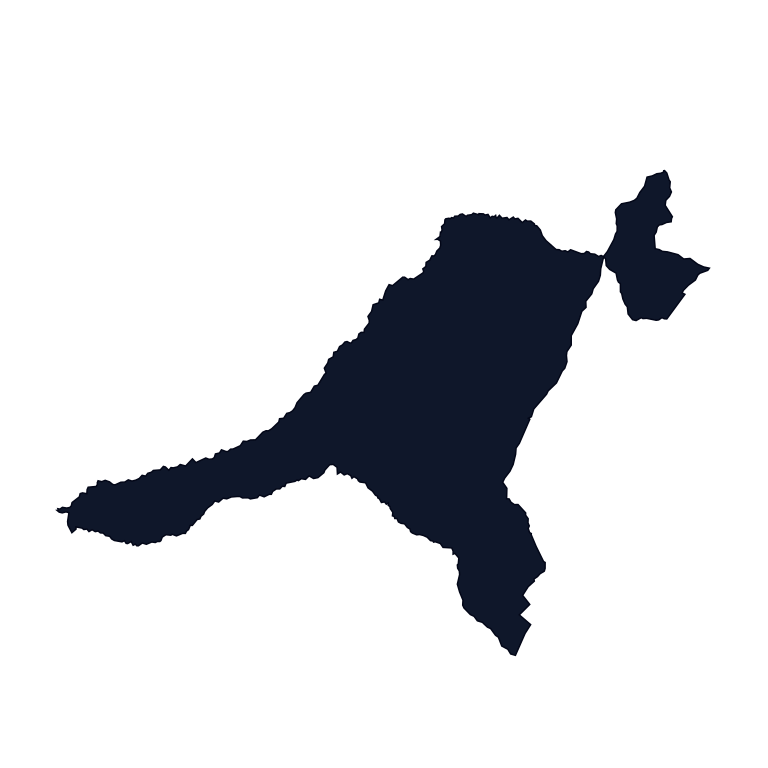 outline of Fusagasugá, Cundinamarca, Colombia, rotated 8°
{"feature_id": "7082276B51871988442122", "entity_name": "Fusagasugá", "entity_type": "district", "adm_level": 2, "iso_a3": "COL", "parent_name": "Colombia", "parent_adm1": "Cundinamarca", "projection": "robinson", "projection_center": [-74.414, 4.327], "detail": "fine", "context": "isolated", "style": "filled", "palette": "ink", "viewbox_px": 768, "rotation_deg": 8, "n_neighbors": 0, "source": "geoboundaries", "source_scale": "gbopen_adm2", "svg_char_len": 6149}
<svg xmlns="http://www.w3.org/2000/svg" viewBox="0 0 768 768"><g transform="rotate(8 384 384)"><path d="M669.5,253.3L666.5,252.3L667.5,249.5L671.7,243.8L677.9,237.7L679.6,232.5L681.3,230.4L688.8,226.4L690.1,224.0L684.3,223.6L678.1,221.8L669.6,217.1L663.4,218.5L657.2,215.0L646.3,213.7L641.1,213.9L637.9,212.6L633.7,212.3L630.8,199.2L632.4,195.7L632.8,190.5L634.5,188.1L637.1,187.4L641.3,184.7L645.8,183.4L645.7,180.1L646.3,178.2L637.6,168.0L637.5,162.9L640.6,158.5L641.9,153.8L639.6,150.0L639.3,143.9L637.8,142.2L634.7,135.7L632.1,133.6L631.3,133.9L631.3,135.3L628.7,136.8L624.9,137.8L620.7,140.6L615.7,142.5L614.5,151.9L610.7,158.7L608.6,164.8L606.3,167.3L602.1,169.7L594.1,172.5L589.3,179.2L589.2,182.0L591.4,188.1L591.7,192.9L592.9,194.9L593.6,200.4L592.4,203.2L591.5,209.0L586.8,221.7L583.6,227.3L581.1,226.5L578.8,227.9L574.7,226.1L570.2,226.3L568.3,224.8L566.1,224.6L564.2,226.9L561.1,227.5L550.1,225.1L547.7,227.6L544.9,226.8L541.6,227.8L538.8,226.6L535.7,226.9L524.5,219.5L520.1,215.1L517.4,209.8L513.3,206.1L510.9,205.9L510.6,204.5L506.7,202.2L503.2,202.8L501.3,201.9L498.5,204.9L493.6,201.3L490.6,202.3L488.8,200.7L484.9,204.0L482.6,202.0L477.9,203.4L474.8,200.9L472.8,204.0L472.0,203.9L471.1,201.5L469.8,203.0L467.8,202.9L466.1,204.7L463.4,201.6L460.5,202.6L458.8,201.7L454.3,202.1L454.1,203.2L448.7,202.4L447.3,204.1L443.1,205.3L442.1,206.7L438.0,204.7L435.8,205.5L434.1,207.4L430.7,208.0L429.8,210.0L427.8,209.8L426.4,211.2L425.3,210.8L422.2,211.8L421.5,212.9L421.7,216.9L419.1,220.1L420.1,223.5L419.5,225.9L418.8,225.8L418.9,230.2L415.5,233.5L417.1,233.2L420.0,234.6L420.8,238.7L420.4,241.5L417.8,245.0L416.9,248.7L415.6,250.3L413.6,250.4L412.1,255.0L408.8,257.7L409.1,261.8L406.4,264.6L407.6,266.9L407.2,268.5L398.8,276.0L395.3,275.9L393.3,277.3L389.6,275.4L387.7,275.6L378.8,285.4L375.2,284.9L372.7,291.6L371.1,301.1L367.9,300.7L367.5,304.4L362.2,307.0L361.6,313.9L358.7,319.3L360.6,323.1L360.8,325.8L357.0,332.4L357.1,335.7L354.2,336.0L352.2,337.9L351.7,342.2L350.1,343.9L347.3,345.1L346.0,347.8L344.7,348.2L341.5,347.1L339.4,347.9L337.4,351.1L334.8,353.1L333.3,358.1L329.9,359.6L329.9,364.2L325.8,367.3L325.4,371.0L322.7,376.6L325.2,381.4L323.7,382.7L318.7,394.4L315.3,395.8L312.5,402.5L308.1,403.9L306.2,405.6L300.5,414.6L299.2,419.8L297.2,423.3L294.8,425.4L291.8,426.6L289.4,431.9L285.4,432.9L285.1,436.3L279.0,444.0L276.0,446.5L273.7,446.7L270.7,448.6L264.5,457.2L259.6,458.0L256.2,460.0L252.6,460.2L250.3,465.1L243.6,469.4L241.1,469.9L239.0,472.5L237.1,472.9L232.2,471.8L230.7,475.2L226.8,476.7L226.2,480.4L224.5,482.1L221.2,482.9L217.8,482.1L208.7,488.0L204.7,484.8L199.0,492.8L193.4,492.1L191.1,494.8L186.9,496.4L184.7,496.4L182.9,499.4L179.1,496.6L177.0,496.3L174.4,500.2L167.6,501.7L166.0,503.7L162.5,505.3L160.8,508.4L157.2,508.1L154.8,511.6L151.5,513.8L147.9,515.2L144.1,514.5L141.0,517.2L137.1,517.9L131.7,521.3L129.5,521.3L125.8,519.1L121.3,518.2L118.1,520.0L114.3,519.6L113.8,521.8L114.2,523.1L113.3,525.5L105.4,527.4L104.7,529.9L105.0,534.0L100.6,533.8L98.4,534.8L98.0,538.2L91.6,544.8L91.3,548.2L90.0,550.0L87.1,551.0L82.7,550.9L80.5,553.0L78.4,552.9L79.2,554.5L77.9,554.7L80.2,556.1L83.3,556.4L86.9,554.9L89.9,555.3L89.8,564.2L90.7,567.8L95.6,574.7L99.2,570.6L98.9,568.4L105.0,568.7L107.0,569.9L110.0,569.0L112.4,571.2L115.2,568.9L118.6,570.4L121.4,569.4L123.8,570.9L126.7,570.7L129.5,572.9L133.6,573.0L135.8,575.3L138.7,576.5L146.5,576.8L148.8,575.3L150.8,577.7L152.3,577.7L155.6,575.2L158.0,578.6L160.1,577.2L161.7,578.6L163.3,578.4L166.8,575.1L171.0,575.8L176.0,572.8L179.6,572.8L181.4,571.5L183.9,571.2L184.9,570.1L185.7,566.5L189.0,563.6L194.0,563.4L195.1,562.3L199.6,563.3L205.4,559.9L208.1,559.6L208.9,557.2L210.7,555.4L211.8,551.0L213.9,550.7L217.8,544.2L220.4,543.3L221.2,540.4L223.5,537.9L224.1,535.2L226.6,531.2L230.7,527.2L232.7,523.4L236.7,523.9L240.5,519.5L244.3,519.6L248.6,517.1L254.5,515.8L257.1,515.5L259.6,516.5L265.5,515.6L267.6,516.4L274.4,514.2L276.1,511.3L281.0,512.4L285.7,509.2L287.8,508.9L288.7,505.9L292.0,502.9L295.4,502.4L297.5,499.4L300.0,499.3L300.9,495.8L309.4,492.8L311.2,491.2L312.7,491.6L315.3,489.3L319.6,489.4L322.6,485.4L327.4,487.4L331.6,485.9L336.8,480.2L337.4,477.5L341.4,471.5L344.9,470.7L349.1,473.0L350.4,479.6L353.3,477.2L357.2,479.6L360.1,477.9L363.8,479.3L365.4,481.8L367.1,479.9L371.0,481.6L372.0,483.3L373.8,484.4L379.5,484.4L382.7,489.1L387.5,491.7L391.0,495.3L393.1,496.0L393.8,497.7L395.4,498.3L397.9,501.7L401.0,500.7L403.0,502.7L404.8,501.2L405.1,503.6L406.9,504.5L407.5,506.4L410.6,509.9L410.7,513.4L412.6,513.7L413.4,515.7L415.6,515.4L417.5,518.6L420.3,519.6L423.8,519.6L427.1,522.8L429.9,524.0L430.9,526.5L432.7,527.6L437.3,528.8L440.2,528.1L444.0,528.5L448.1,529.7L451.8,532.6L454.3,532.7L455.1,533.7L456.8,533.1L462.0,534.1L465.2,537.6L473.9,536.9L475.7,539.8L476.1,542.9L477.9,541.9L482.3,545.9L482.6,551.8L481.8,553.0L482.6,556.2L484.6,558.7L485.4,562.2L484.5,572.0L487.8,579.4L492.3,587.1L492.7,592.0L494.4,594.7L501.6,600.3L505.5,601.5L509.4,605.5L514.5,606.3L520.3,610.4L523.6,611.3L529.4,617.3L532.5,618.8L537.1,627.1L543.5,629.4L547.0,633.7L551.9,634.4L558.4,611.4L562.7,601.9L550.1,593.8L559.0,582.0L550.7,574.0L555.0,564.6L560.3,558.3L559.6,556.3L562.8,553.4L564.9,550.2L568.8,547.0L569.2,544.2L568.4,538.3L566.7,537.6L557.2,523.6L550.7,512.7L550.7,511.6L548.9,510.9L546.9,507.0L547.6,504.3L545.9,501.4L545.5,497.3L542.5,494.2L542.2,491.9L533.5,484.7L529.9,485.3L526.2,483.4L523.9,480.4L521.4,480.6L520.2,470.2L515.2,464.8L516.6,460.4L520.9,452.8L523.1,445.8L524.1,435.3L523.7,429.0L526.3,423.9L533.0,399.7L533.3,398.6L531.7,397.8L534.5,395.9L535.8,387.9L546.4,371.5L547.5,368.0L554.6,359.0L558.7,346.3L560.8,343.3L562.1,336.4L560.7,330.4L560.6,326.5L564.0,319.4L562.7,310.0L567.5,297.4L569.8,284.5L573.4,280.0L572.3,274.0L577.2,265.8L577.9,260.6L582.1,252.5L583.1,246.2L582.6,239.7L583.8,227.5L586.1,229.4L587.6,235.8L591.5,239.1L598.4,241.9L600.7,248.5L602.0,250.5L604.1,251.7L605.3,259.8L606.8,261.3L608.7,266.5L611.7,271.4L614.2,273.7L616.0,280.7L621.2,285.7L624.8,286.1L629.5,282.5L631.3,283.2L635.0,282.4L644.7,283.0L647.1,282.3L650.0,279.6L652.4,280.4L655.0,280.2L669.5,253.3Z" fill="#0f172a" stroke="#020617" stroke-width="1.5"/></g></svg>